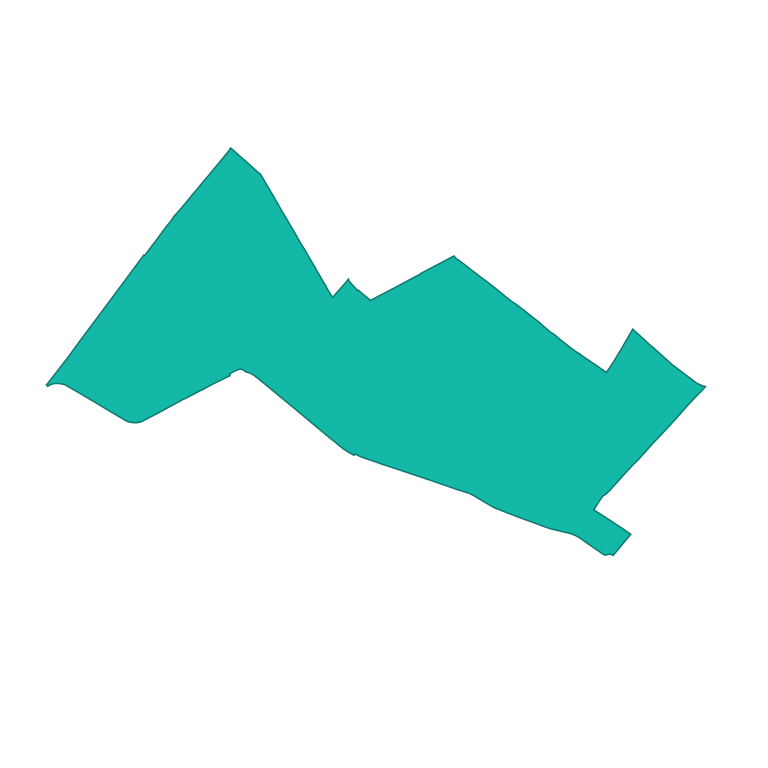 Iztacalco, Distrito Federal, Mexico (orthographic projection), rotated 211°
{"feature_id": "50627088B64976182761554", "entity_name": "Iztacalco", "entity_type": "district", "adm_level": 2, "iso_a3": "MEX", "parent_name": "Mexico", "parent_adm1": "Distrito Federal", "projection": "orthographic", "projection_center": [-99.097, 19.399], "detail": "fine", "context": "isolated", "style": "filled", "palette": "teal", "viewbox_px": 768, "rotation_deg": 211, "n_neighbors": 0, "source": "geoboundaries", "source_scale": "gbopen_adm2", "svg_char_len": 6165}
<svg xmlns="http://www.w3.org/2000/svg" viewBox="0 0 768 768"><g transform="rotate(211 384 384)"><path d="M673.0,209.5L671.1,208.8L670.5,210.0L670.0,211.0L669.4,211.8L668.7,212.7L667.5,213.9L666.4,214.8L665.6,215.4L664.9,215.8L664.2,216.3L663.5,216.7L662.5,217.1L661.5,217.6L660.3,218.0L659.0,218.5L658.2,218.8L657.8,219.0L644.0,219.3L617.0,219.5L609.1,219.4L587.1,219.6L586.6,219.6L584.6,219.8L583.1,220.1L581.0,220.9L579.0,221.7L577.1,222.8L575.6,223.8L573.8,225.3L572.6,226.6L569.9,231.0L567.7,234.6L562.6,242.9L561.9,244.1L556.0,254.2L548.8,266.4L548.5,267.0L547.9,268.0L547.1,268.8L545.2,271.9L543.5,274.7L540.6,279.5L538.3,283.2L535.8,287.1L534.5,289.3L533.3,291.4L530.2,296.6L528.6,299.0L527.0,301.4L524.6,305.1L523.1,307.5L522.3,308.8L521.5,310.0L520.1,311.9L521.5,312.7L521.7,312.8L518.5,318.4L515.4,322.4L513.6,323.2L511.6,323.6L508.3,323.2L507.6,323.5L504.9,324.3L503.0,324.5L502.6,324.5L501.7,324.5L499.5,324.4L495.2,323.9L491.9,323.4L483.3,322.2L471.8,320.4L463.7,319.2L448.1,316.9L442.4,316.0L408.4,310.7L389.5,308.0L386.6,307.6L384.4,307.4L380.2,307.3L378.8,307.2L376.5,307.3L373.5,307.4L373.0,307.5L372.7,309.1L366.8,309.6L361.3,310.7L351.4,312.8L345.5,314.0L339.0,315.5L334.0,316.6L325.0,318.6L319.2,319.9L306.6,322.7L287.0,327.0L265.4,331.5L263.3,332.1L262.7,332.3L262.2,332.5L260.7,332.7L255.6,334.0L252.1,334.4L248.6,334.5L236.8,334.5L225.5,334.7L219.4,335.8L216.0,336.4L209.8,337.4L209.1,337.5L205.6,338.2L204.8,338.3L200.8,339.0L193.8,340.3L189.1,341.3L176.8,343.6L176.6,343.6L171.6,344.6L171.1,344.7L166.9,345.6L163.7,346.7L162.4,347.0L160.8,347.5L159.2,348.1L158.0,348.4L154.3,349.5L149.6,351.1L147.5,351.7L145.8,352.1L143.8,352.4L142.3,352.6L141.9,352.7L140.0,352.8L138.5,352.8L138.1,352.9L135.4,352.7L134.5,352.7L132.0,352.5L130.5,352.4L128.3,352.2L126.6,352.1L125.4,352.0L123.0,351.9L119.1,351.6L115.5,351.4L112.5,351.2L109.4,351.0L107.5,350.9L106.0,351.5L105.2,352.1L104.3,353.2L103.1,354.3L101.7,354.8L100.3,355.1L99.3,355.0L97.8,364.5L97.6,366.1L97.1,369.2L95.9,377.3L95.0,382.2L101.2,382.7L104.5,382.9L108.6,383.1L112.6,383.2L117.3,383.5L121.5,383.6L125.1,383.7L128.7,383.8L132.8,384.0L139.3,384.1L139.2,394.0L138.7,400.8L137.8,402.3L136.9,404.3L135.9,408.3L135.5,409.7L134.3,416.3L134.0,417.5L132.8,423.9L132.6,424.8L131.5,430.5L131.4,431.5L131.1,432.7L129.2,441.6L129.0,442.8L127.0,450.1L126.7,451.7L126.4,453.5L125.6,457.5L124.7,462.3L124.4,463.8L123.2,470.4L121.8,476.7L120.6,481.9L120.3,483.3L118.5,491.7L118.2,493.1L116.6,501.1L116.2,503.0L115.3,507.9L114.8,510.4L114.5,512.0L113.6,517.1L112.6,522.4L110.5,532.3L108.1,542.1L107.0,548.0L107.5,547.1L110.3,546.4L116.5,545.8L118.7,546.0L122.3,546.4L125.5,546.7L128.6,547.1L131.7,547.4L135.0,547.8L136.0,547.8L138.4,548.1L140.0,548.3L142.0,548.5L144.6,548.8L145.4,548.9L148.1,549.2L149.0,549.4L149.3,549.4L149.7,549.6L152.4,550.1L157.3,551.0L157.6,551.1L158.2,551.2L161.4,551.8L162.9,552.1L164.1,552.4L165.0,552.5L165.6,552.6L168.7,553.2L169.7,553.4L171.2,553.7L171.6,553.8L173.2,554.0L174.6,554.3L175.2,554.4L178.4,554.9L179.6,555.2L181.4,555.5L184.5,556.2L185.7,556.5L187.9,556.9L188.7,557.1L191.8,557.7L194.5,558.1L198.1,558.9L199.0,559.2L198.8,544.0L198.6,535.0L198.7,526.0L198.6,524.7L198.9,515.5L199.4,508.4L209.0,509.1L211.0,509.3L213.1,509.4L214.3,509.4L216.2,509.5L218.5,509.7L221.5,509.8L223.5,509.9L225.5,510.0L228.2,510.2L230.0,510.4L230.6,510.4L231.7,510.5L232.5,510.5L232.8,510.5L233.3,510.5L233.6,510.6L234.3,510.6L235.7,510.6L236.9,510.7L238.9,510.8L240.0,511.0L240.7,511.1L242.1,511.1L243.2,511.3L244.4,511.4L245.3,511.5L246.6,511.6L247.3,511.8L248.3,511.9L249.6,512.0L250.3,512.1L251.6,512.3L252.2,512.4L253.9,512.6L254.4,512.6L256.3,513.0L256.8,513.0L258.9,513.4L260.2,513.6L261.3,513.8L262.7,513.9L264.0,514.1L265.9,514.2L266.3,514.2L267.9,514.2L268.7,514.3L269.6,514.4L271.1,514.7L272.3,514.9L273.5,515.1L274.1,515.2L275.7,515.4L277.0,515.6L278.6,516.0L280.1,516.3L281.4,516.6L283.9,516.9L284.1,516.9L284.3,517.0L284.8,517.0L285.1,517.1L285.3,517.1L292.0,517.9L292.3,518.0L295.6,518.4L296.9,518.6L298.2,518.8L298.5,518.8L302.2,519.3L304.6,519.6L306.3,519.7L306.8,519.8L307.1,519.9L309.1,520.1L309.8,520.2L310.4,520.2L311.2,520.3L312.5,520.4L314.3,520.3L315.8,520.4L316.9,520.6L318.4,520.7L318.8,520.7L320.7,521.0L322.8,521.3L325.3,521.6L328.8,522.1L332.4,522.6L335.1,523.0L337.6,523.4L350.2,525.0L351.3,525.0L353.4,525.1L362.5,526.2L365.2,526.5L368.1,526.8L371.0,527.2L373.5,527.5L376.0,527.8L378.3,528.1L380.2,528.2L382.7,528.5L385.3,528.7L387.6,528.8L390.0,529.8L407.7,500.5L408.9,498.7L409.5,497.4L409.9,496.3L413.6,490.2L414.2,489.2L416.6,485.1L419.0,481.1L421.8,476.4L423.4,473.7L424.8,471.4L426.7,468.4L427.3,467.3L428.5,465.3L431.0,461.2L432.4,459.1L433.6,457.0L434.9,454.9L436.2,452.6L437.2,450.9L438.6,448.7L442.5,449.4L445.3,449.7L447.9,450.1L450.5,450.6L452.3,450.8L453.0,451.0L453.8,451.1L454.4,451.1L454.7,450.4L455.8,450.8L466.2,454.0L468.5,455.5L468.9,452.1L469.9,446.7L470.4,444.3L470.5,443.4L471.0,440.5L471.7,437.2L472.5,432.2L475.2,432.9L475.6,433.2L478.3,434.6L478.8,434.8L481.2,436.2L483.8,437.7L484.2,438.0L486.1,439.1L487.5,439.8L488.5,440.2L490.9,441.6L491.4,441.8L493.6,443.1L494.6,443.6L496.2,444.5L497.9,445.4L498.4,445.7L501.5,447.5L505.4,449.7L505.6,449.8L509.2,451.7L509.5,451.9L512.8,453.6L516.3,455.6L520.5,458.0L524.1,459.8L527.2,461.4L530.2,463.0L537.7,467.3L541.4,469.3L544.3,470.9L547.3,472.5L550.7,474.4L554.2,476.2L557.0,477.8L559.8,479.2L562.3,480.6L565.6,482.5L566.9,483.3L568.9,484.4L572.5,486.3L575.8,488.2L579.5,490.2L589.1,495.4L595.3,498.8L597.9,500.2L601.7,500.7L607.6,501.9L613.8,503.1L617.1,503.7L620.1,504.2L626.1,505.3L632.3,506.5L637.1,507.3L637.2,503.2L637.4,501.8L637.6,500.4L638.5,494.1L639.5,487.3L640.1,483.7L640.5,481.1L640.6,480.4L641.3,476.1L641.6,473.7L641.9,471.6L642.8,466.7L643.2,464.4L644.6,454.1L645.1,451.4L646.0,446.3L646.4,442.4L646.7,441.0L647.0,439.0L647.2,437.3L647.7,434.3L648.6,428.7L648.9,427.0L649.1,426.1L649.6,423.2L650.4,419.5L650.4,417.3L650.7,413.2L651.5,408.5L651.8,405.5L652.6,397.7L653.3,389.6L653.3,389.1L653.7,386.7L654.6,377.9L655.4,370.7L656.3,370.8L663.0,302.5L666.8,264.8L668.6,244.4L672.6,210.9L673.0,209.5Z" fill="#14b8a6" stroke="#0f766e" stroke-width="1.5"/></g></svg>